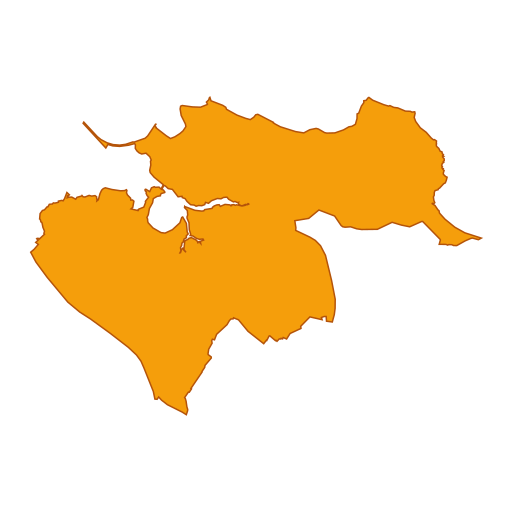 ÅrÄkei Local Board Area, Auckland, New Zealand
{"feature_id": "76426892B76499292811538", "entity_name": "ÅrÄkei Local Board Area", "entity_type": "district", "adm_level": 2, "iso_a3": "NZL", "parent_name": "New Zealand", "parent_adm1": "Auckland", "projection": "mercator", "projection_center": [174.831, -36.875], "detail": "fine", "context": "isolated", "style": "filled", "palette": "amber", "viewbox_px": 512, "rotation_deg": 0, "n_neighbors": 0, "source": "geoboundaries", "source_scale": "gbopen_adm2", "svg_char_len": 6053}
<svg xmlns="http://www.w3.org/2000/svg" viewBox="0 0 512 512"><path d="M83.1,123.3L105.8,148.0L107.9,144.5L112.8,145.9L119.7,146.4L128.7,145.2L134.6,143.6L135.4,144.8L135.3,148.4L136.9,150.9L139.0,152.8L141.7,154.0L146.0,153.2L149.8,156.7L151.2,160.0L150.5,161.3L150.8,165.0L149.7,170.3L150.2,172.6L154.1,177.2L163.3,184.7L161.1,189.0L159.0,187.1L155.4,187.3L154.2,186.7L151.5,187.8L149.7,191.6L145.8,189.2L145.1,189.5L145.1,190.7L146.3,191.9L146.1,193.4L147.1,195.6L148.6,197.2L145.4,201.3L145.6,202.4L143.8,207.1L138.8,209.1L137.9,209.9L138.3,210.3L138.1,210.6L131.0,208.9L132.8,207.3L133.9,201.2L132.5,200.0L130.8,200.1L130.6,198.2L127.5,195.0L126.5,192.9L126.9,190.4L126.4,189.7L124.5,190.6L120.6,190.8L111.9,189.5L105.3,187.8L103.3,188.6L101.6,190.2L100.0,193.6L98.3,199.8L96.9,200.9L97.2,199.2L96.7,198.9L96.6,196.8L95.0,195.6L91.7,196.1L89.1,195.4L85.0,197.0L83.1,196.8L82.0,195.5L81.7,196.0L77.0,197.3L75.7,199.2L71.8,197.1L68.7,197.2L67.2,197.8L67.6,195.8L68.1,195.9L69.4,194.8L66.9,192.5L64.5,198.7L63.1,200.8L61.7,200.4L58.4,201.1L58.4,202.3L54.9,203.1L53.3,202.9L52.4,204.0L49.3,204.3L47.9,206.8L47.0,206.9L44.5,209.8L42.4,210.5L40.1,213.6L39.6,219.0L40.3,219.4L40.9,221.9L41.7,222.3L42.1,223.3L42.9,227.3L44.5,231.2L43.9,233.4L44.5,234.2L39.4,239.0L38.8,238.4L38.1,239.2L37.2,238.3L36.7,238.7L38.1,240.2L35.7,242.4L38.3,244.4L34.2,249.2L30.7,252.2L35.9,262.0L47.3,277.5L67.9,302.2L79.8,312.1L90.4,318.9L110.2,333.3L128.3,347.3L136.5,355.0L141.0,361.2L143.9,367.8L153.3,391.4L154.9,399.1L157.1,399.3L158.7,397.0L161.5,400.1L167.4,404.7L182.2,412.1L186.3,414.7L187.6,410.8L187.7,409.4L186.9,406.9L186.1,401.3L185.3,398.4L184.6,397.6L188.4,392.1L189.3,392.2L191.5,388.9L190.9,388.5L202.1,372.0L202.0,371.5L204.7,367.4L205.0,365.4L211.3,358.0L211.2,356.9L208.2,354.6L208.0,354.0L208.7,349.2L212.1,343.2L211.7,340.7L212.4,339.2L214.5,339.8L216.6,334.3L227.0,324.7L229.4,320.6L230.9,319.0L233.1,318.9L233.5,317.8L238.5,319.8L248.0,331.3L263.7,343.7L266.5,340.1L266.8,340.4L269.1,336.0L269.8,335.8L275.5,340.7L276.0,340.3L277.0,341.3L279.3,338.9L280.8,339.0L281.1,338.3L282.6,338.9L283.2,337.5L286.6,339.0L290.1,333.5L301.0,328.4L300.7,326.3L309.9,316.9L322.1,319.7L321.4,317.5L324.1,316.5L326.2,316.5L326.5,321.2L332.3,322.0L334.3,314.6L335.1,308.4L335.2,299.2L331.6,280.6L325.5,255.4L320.5,245.7L315.3,240.4L310.0,237.2L295.7,230.4L295.9,227.7L294.8,220.7L308.7,218.4L318.9,210.0L334.6,216.0L341.1,225.5L342.8,226.8L345.1,227.2L350.6,226.8L356.7,228.8L361.6,229.5L377.4,229.3L392.1,222.3L401.4,225.1L409.7,226.8L421.6,221.5L422.7,221.5L440.0,239.2L440.4,239.9L439.2,244.3L445.9,244.4L447.7,245.1L448.7,244.6L451.9,244.7L453.5,245.5L456.7,245.6L465.3,240.8L470.9,238.4L472.5,238.1L478.4,239.7L481.3,238.1L464.8,232.8L454.8,227.2L445.0,219.2L439.5,213.1L439.0,210.7L437.9,209.8L435.0,205.5L432.2,203.7L432.4,203.3L434.0,203.5L434.8,202.7L433.9,200.5L433.4,196.9L434.2,195.3L434.3,192.4L435.0,190.6L438.1,189.7L438.4,188.7L439.6,188.1L443.7,183.7L445.3,182.9L446.3,180.4L447.1,177.2L445.6,176.5L443.4,174.3L443.3,173.0L444.1,170.5L442.8,169.3L443.2,168.6L442.2,168.3L441.9,167.1L442.4,166.7L441.7,165.5L442.3,163.4L443.8,162.3L443.3,161.4L444.2,160.7L444.2,158.9L442.6,157.0L442.6,156.4L443.6,156.2L442.7,155.5L443.4,154.7L442.3,153.6L442.0,151.9L440.1,151.1L438.8,148.4L436.6,146.4L436.2,144.8L436.6,143.9L436.3,143.3L436.5,141.0L434.5,139.6L433.4,139.8L431.3,138.1L426.2,132.3L420.3,127.8L415.7,121.5L414.2,117.5L415.1,113.3L414.7,111.8L412.0,112.1L410.3,111.3L405.4,111.1L397.8,107.9L393.8,107.4L389.9,105.6L388.6,106.1L383.8,104.7L372.7,100.2L368.9,97.4L367.9,98.0L366.2,100.3L363.8,100.7L363.8,102.7L361.4,106.1L358.7,113.2L357.1,113.9L357.0,118.6L355.4,124.3L351.9,126.3L348.9,126.8L343.5,129.9L334.9,132.9L326.8,133.1L324.6,132.6L318.4,129.0L316.1,128.4L309.8,129.7L303.8,132.9L295.6,131.6L280.4,126.8L275.3,124.1L273.2,122.7L273.3,122.3L257.8,114.3L255.7,114.8L253.8,117.2L250.3,119.6L245.8,118.4L237.0,115.1L226.5,109.3L225.8,107.3L222.7,105.3L211.0,100.8L209.9,97.3L209.4,97.7L208.7,99.9L206.4,102.1L207.5,104.1L207.1,104.6L200.5,107.2L192.4,106.9L182.2,105.5L180.6,106.2L180.1,109.0L181.2,115.5L185.4,124.0L185.9,126.6L183.0,130.9L180.0,133.5L174.9,136.8L170.5,138.5L166.3,135.8L156.0,127.8L156.2,127.3L154.7,126.1L155.9,124.3L155.5,124.2L147.7,135.9L145.2,138.2L134.1,142.1L132.9,141.9L125.7,144.3L119.7,145.1L113.1,144.6L107.1,142.8L101.0,139.6L97.3,136.6L83.8,122.1L83.1,123.3ZM163.8,185.6L165.3,185.9L168.2,188.6L172.4,189.4L178.1,196.8L182.0,196.3L182.3,197.6L185.1,198.6L187.0,201.4L190.6,204.7L194.2,205.1L196.1,206.2L198.7,205.5L201.8,205.7L204.7,204.6L205.5,202.4L208.5,203.3L211.5,200.7L217.3,198.5L221.0,198.8L223.4,197.5L225.9,197.2L227.0,197.2L228.7,199.3L233.4,201.9L235.0,201.5L237.6,202.6L238.5,202.4L238.2,203.0L238.9,204.3L240.9,205.7L242.8,205.6L245.4,204.4L247.1,204.6L248.0,203.6L248.6,203.8L249.1,204.7L248.0,203.8L247.2,204.8L245.6,204.8L245.3,205.3L242.0,206.0L236.6,204.8L235.1,205.3L233.9,204.6L231.7,204.9L231.6,205.6L230.9,205.8L230.0,204.9L225.0,204.4L220.3,206.4L219.2,204.7L216.9,204.9L214.0,206.0L213.7,206.6L212.6,207.1L212.1,208.4L204.7,209.6L203.8,210.8L201.9,211.1L194.9,210.3L185.8,206.9L185.6,207.3L184.7,206.4L184.5,207.6L187.3,210.5L187.7,215.0L187.0,216.9L187.1,218.3L189.0,222.8L189.3,229.8L190.5,233.5L190.7,234.8L190.2,235.5L192.9,236.0L196.5,238.4L199.4,239.3L203.0,239.0L203.6,240.1L200.3,241.3L200.7,243.5L199.0,241.6L197.8,242.6L197.8,243.5L197.6,241.6L195.9,239.9L191.4,237.6L188.9,238.3L187.9,239.4L185.3,240.5L184.7,241.6L183.9,249.5L186.0,252.3L183.8,250.1L182.8,248.2L181.6,249.4L180.5,252.7L180.0,252.8L180.9,250.9L180.5,247.6L181.7,245.3L181.9,243.2L183.1,242.1L184.1,239.0L186.4,237.7L186.3,235.8L188.2,233.9L187.2,231.9L186.4,223.4L182.7,217.0L181.7,217.5L179.9,222.8L172.4,229.7L165.1,233.1L161.0,232.6L153.0,228.0L148.2,222.8L147.7,221.3L147.6,219.1L146.9,217.5L148.3,214.7L149.4,208.5L152.6,202.7L153.3,198.6L157.1,196.4L160.4,195.8L160.5,194.7L161.3,193.5L164.6,192.6L164.9,192.1L163.4,190.0L161.8,189.4L163.8,185.6Z" fill="#f59e0b" stroke="#b45309" stroke-width="1.5"/></svg>